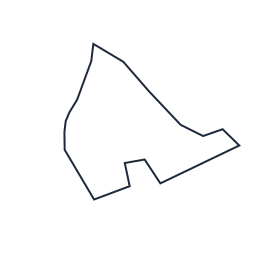 an SVG outline of Saint Paul Capesterre, rotated 319°
{"feature_id": "KNA-5107", "entity_name": "Saint Paul Capesterre", "entity_type": "Parish", "adm_level": 1, "iso_a3": "KNA", "parent_name": "Saint Kitts and Nevis", "parent_adm1": "", "projection": "equal_earth", "projection_center": [-62.833, 17.388], "detail": "fine", "context": "isolated", "style": "outline", "palette": "slate", "viewbox_px": 256, "rotation_deg": 319, "n_neighbors": 0, "source": "natural_earth", "source_scale": "10m", "svg_char_len": 380}
<svg xmlns="http://www.w3.org/2000/svg" viewBox="0 0 256 256"><g transform="rotate(319 128 128)"><path d="M55.5,159.7L65.9,102.9L77.4,89.3L85.4,82.0L94.1,77.7L108.1,73.3L144.2,53.4L157.0,41.8L167.9,75.0L167.9,113.7L169.8,160.1L179.4,183.3L198.6,191.0L200.5,214.2L116.1,191.0L119.9,162.7L102.6,152.3L91.1,173.0L55.5,159.7Z" fill="none" stroke="#1e293b" stroke-width="2"/></g></svg>